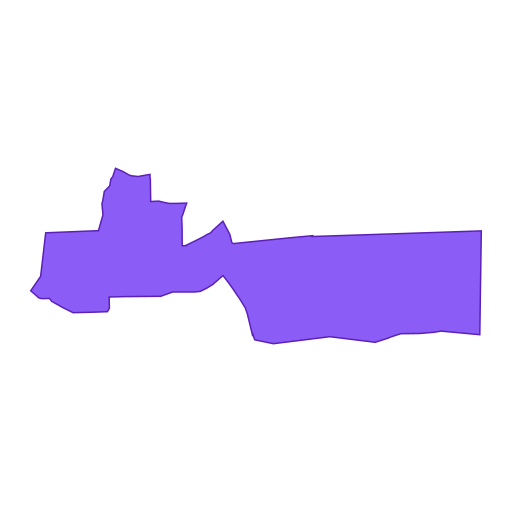 the district of New Cairo-1, Al Qahirah, Egypt
{"feature_id": "37247803B99181648743437", "entity_name": "New Cairo-1", "entity_type": "district", "adm_level": 2, "iso_a3": "EGY", "parent_name": "Egypt", "parent_adm1": "Al Qahirah", "projection": "orthographic", "projection_center": [31.499, 30.025], "detail": "fine", "context": "isolated", "style": "filled", "palette": "violet", "viewbox_px": 512, "rotation_deg": 0, "n_neighbors": 0, "source": "geoboundaries", "source_scale": "gbopen_adm2", "svg_char_len": 1411}
<svg xmlns="http://www.w3.org/2000/svg" viewBox="0 0 512 512"><path d="M30.7,290.8L36.2,295.5L38.5,297.7L41.3,298.6L49.6,298.5L51.6,301.3L63.0,307.7L65.7,309.0L73.1,312.7L92.9,312.2L107.4,311.7L109.4,308.2L109.2,299.1L109.2,297.0L125.3,296.6L160.7,296.3L172.6,292.0L194.2,292.0L200.2,291.4L206.9,288.1L213.1,284.2L219.9,278.2L222.9,275.6L224.7,277.7L228.5,282.7L232.6,288.4L237.5,295.7L239.3,298.2L245.2,307.7L247.4,314.1L252.4,334.8L252.8,334.1L254.7,339.8L273.3,343.7L329.8,336.7L375.2,342.3L388.5,338.0L390.6,337.0L400.8,333.7L411.1,333.6L419.4,333.5L433.8,332.3L441.0,331.1L479.8,334.7L481.3,230.9L424.8,232.8L312.6,236.5L311.8,236.5L311.8,236.4L312.3,235.7L290.8,237.7L235.2,243.4L233.4,243.6L231.9,242.8L229.8,234.3L222.9,221.2L221.5,222.5L213.0,230.2L210.6,232.9L207.8,234.1L202.6,237.1L199.5,238.7L194.3,241.3L185.7,245.5L185.8,245.6L182.2,245.8L182.1,227.7L181.7,217.0L182.6,215.1L185.5,206.4L186.7,203.1L176.9,203.4L169.1,203.4L165.0,202.6L158.7,201.1L154.5,201.3L150.7,201.5L150.4,181.8L150.4,179.5L150.0,176.9L150.0,174.4L142.5,175.7L138.0,176.5L135.4,176.2L131.7,175.8L129.3,175.1L128.6,174.7L127.1,173.9L123.3,171.7L115.5,168.3L112.8,176.5L110.9,179.1L109.7,185.9L104.3,191.4L102.8,200.5L101.9,204.0L102.0,204.6L102.9,214.2L103.0,214.7L103.0,214.8L100.5,223.4L99.5,227.0L98.4,230.7L97.5,230.7L45.7,232.8L41.5,268.9L40.6,276.4L30.7,290.8Z" fill="#8b5cf6" stroke="#5b21b6" stroke-width="1.5"/></svg>